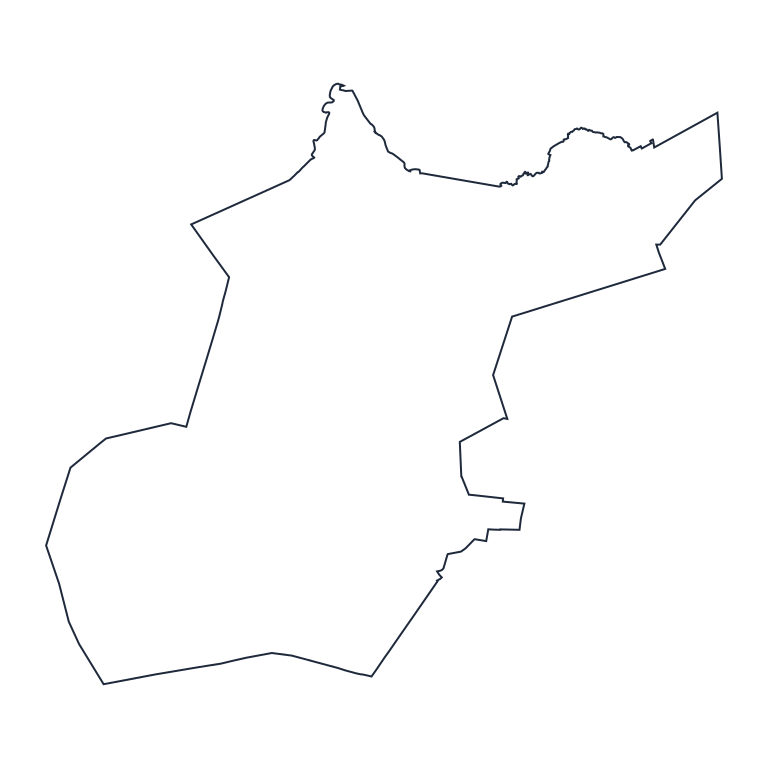 Hellendoorn, Overijssel, Netherlands
{"feature_id": "6326949B74345201863020", "entity_name": "Hellendoorn", "entity_type": "district", "adm_level": 2, "iso_a3": "NLD", "parent_name": "Netherlands", "parent_adm1": "Overijssel", "projection": "mercator", "projection_center": [6.481, 52.39], "detail": "fine", "context": "isolated", "style": "outline", "palette": "slate", "viewbox_px": 768, "rotation_deg": 0, "n_neighbors": 0, "source": "geoboundaries", "source_scale": "gbopen_adm2", "svg_char_len": 6026}
<svg xmlns="http://www.w3.org/2000/svg" viewBox="0 0 768 768"><path d="M103.6,684.2L155.0,674.5L198.3,667.2L221.1,663.6L231.8,661.0L245.9,657.8L271.8,653.0L291.8,655.6L337.5,667.9L345.7,670.5L356.4,673.4L361.1,674.4L362.3,674.4L368.3,675.7L371.5,676.5L376.2,669.9L384.8,657.2L388.7,651.8L401.0,634.0L415.9,612.6L437.5,581.3L437.0,580.6L439.2,579.4L440.2,578.9L441.8,577.4L440.4,576.0L439.2,574.6L438.4,573.4L437.1,571.4L440.4,570.7L441.4,570.2L442.5,569.5L443.5,568.3L447.4,554.9L447.8,554.1L461.0,551.6L465.6,548.3L474.3,539.4L474.7,539.2L486.2,541.1L488.3,529.3L493.0,529.6L500.3,529.8L500.3,529.4L519.5,529.8L520.9,518.4L524.4,503.6L502.8,501.6L503.1,498.4L475.2,495.3L468.9,494.7L461.5,476.3L461.3,476.3L459.8,441.9L503.5,418.2L507.3,418.9L493.1,375.1L512.1,316.6L665.2,268.9L658.8,252.4L656.3,244.6L660.2,244.6L694.7,200.9L695.3,200.2L721.9,178.8L719.9,148.5L717.4,112.7L654.2,147.5L653.0,139.7L652.8,139.5L650.2,140.9L650.3,141.4L650.6,141.8L651.4,143.2L641.8,148.5L641.2,147.5L641.3,147.4L640.7,146.2L633.1,150.3L632.8,150.1L631.9,150.6L631.4,149.9L631.0,149.2L630.7,148.3L630.3,147.6L628.3,146.5L628.2,146.3L628.0,145.8L628.1,145.1L628.2,144.9L629.1,144.8L629.2,144.7L629.2,144.3L629.0,143.9L627.7,143.1L626.6,142.3L626.0,142.0L625.0,142.3L624.3,141.8L623.6,140.7L623.0,139.4L622.3,138.5L621.1,137.6L620.3,137.1L616.6,137.0L615.5,137.8L615.1,137.9L614.2,137.3L613.5,137.2L612.6,137.7L611.8,138.7L611.4,139.0L610.8,139.3L610.5,139.3L610.1,139.2L606.6,137.3L604.9,137.0L604.4,136.7L603.7,136.1L603.4,136.2L603.4,134.8L603.3,133.9L602.4,133.3L601.3,133.4L599.9,132.8L598.9,132.6L598.5,132.6L597.0,132.4L595.5,132.5L594.6,132.2L593.2,132.0L592.6,131.7L592.4,131.5L592.0,130.8L591.9,130.7L591.1,130.7L590.1,130.4L589.7,130.1L589.3,129.9L589.0,129.9L588.8,130.1L588.4,130.8L588.2,130.8L587.6,130.4L586.6,129.4L585.5,129.4L585.1,128.7L584.8,128.5L584.6,128.5L584.3,128.8L583.5,128.5L583.0,128.8L582.8,128.9L582.1,128.1L581.3,127.7L580.8,127.9L579.9,129.0L579.4,129.3L579.0,129.5L578.0,129.3L577.3,128.6L577.0,128.5L576.1,129.0L574.8,129.2L574.4,129.5L573.9,130.4L572.8,131.2L572.3,131.8L571.9,131.7L570.7,132.1L570.2,132.6L569.4,133.0L569.2,134.0L568.0,133.9L567.8,134.7L568.1,135.8L568.1,136.7L567.9,137.3L568.1,137.9L568.0,138.1L567.5,138.2L567.0,138.6L566.2,139.1L565.0,139.4L564.5,139.3L563.8,139.5L563.7,139.6L563.7,140.6L563.6,141.2L563.4,141.5L562.7,141.9L562.1,141.9L561.4,141.9L560.6,142.4L559.6,142.8L553.6,146.3L550.5,148.7L550.1,150.2L549.7,151.3L548.6,153.1L548.3,153.9L548.4,154.1L548.6,154.2L550.4,155.1L550.0,155.7L549.4,157.9L549.4,158.2L549.2,159.4L549.1,159.9L549.3,160.8L548.4,162.3L548.1,164.4L547.7,165.5L547.7,166.6L546.9,167.3L546.0,168.8L544.2,171.2L543.7,172.0L542.8,172.2L542.2,171.7L542.0,171.9L542.1,172.8L541.7,172.9L540.0,173.5L539.4,173.4L539.1,173.3L538.8,172.8L536.8,172.8L536.0,173.3L535.5,173.8L533.9,175.7L533.1,176.2L532.7,176.3L532.1,175.9L530.7,174.0L530.5,173.9L529.4,174.3L528.0,175.2L527.7,175.2L527.6,174.1L528.1,173.1L528.1,172.7L527.3,172.7L526.9,173.3L526.6,173.5L525.4,173.6L525.2,173.5L525.1,172.9L525.4,172.1L525.3,171.9L525.1,171.8L524.5,172.3L523.9,173.6L523.4,173.9L523.3,174.2L523.1,175.0L522.8,175.4L522.3,175.6L521.9,175.7L521.3,176.1L521.0,176.5L520.7,176.7L520.3,176.4L519.6,176.1L519.1,176.1L518.8,176.2L518.4,176.7L518.3,176.9L518.7,177.8L518.8,178.1L518.8,178.3L518.5,178.6L517.1,179.0L516.8,179.2L516.6,179.4L516.7,179.9L516.8,180.0L516.5,182.5L516.8,183.3L516.9,183.7L516.8,183.9L516.6,184.0L514.9,183.9L514.6,184.0L513.4,185.1L512.7,185.4L512.1,185.0L511.3,183.8L511.2,183.8L510.7,184.0L509.9,184.0L509.3,184.2L508.4,183.6L507.6,183.4L507.2,182.0L507.1,181.9L506.6,181.8L505.4,183.0L502.4,182.7L501.6,183.0L500.5,183.9L500.4,184.0L500.5,184.8L501.2,185.4L501.2,185.6L501.3,185.8L500.9,186.2L500.3,186.5L499.1,186.6L422.1,173.3L420.2,173.4L419.6,170.0L419.2,169.7L418.3,169.5L415.2,169.2L413.1,169.4L410.4,170.0L410.3,171.3L409.0,171.1L408.3,170.5L407.4,170.1L406.2,169.3L405.5,168.6L405.0,168.0L404.7,167.4L404.5,166.1L404.5,163.8L404.3,163.0L403.9,162.4L397.5,157.3L393.5,154.3L391.8,153.3L390.8,153.1L389.9,152.6L388.3,151.7L388.0,151.4L385.6,145.3L384.9,142.2L384.4,140.6L383.8,139.4L381.7,136.5L379.5,135.1L378.5,134.8L376.2,133.1L375.7,133.1L375.4,132.8L375.1,132.4L375.7,132.5L375.2,131.9L374.6,129.8L374.5,128.3L374.0,127.1L373.5,126.3L372.2,124.9L371.6,124.4L370.5,123.8L367.2,119.5L364.0,115.3L362.6,112.5L361.4,109.5L360.5,107.5L360.1,106.3L359.5,105.1L359.0,103.7L358.5,102.6L358.0,101.2L352.5,90.8L352.2,90.6L351.7,90.6L345.4,91.0L343.2,90.3L341.7,90.1L339.9,89.6L340.1,88.3L340.1,87.5L340.3,87.0L340.3,86.4L340.4,86.2L341.1,86.0L341.7,86.2L342.1,85.8L343.1,86.0L343.8,85.7L341.7,84.7L339.2,84.4L338.5,83.8L337.0,83.8L335.8,84.2L334.4,85.0L333.2,86.0L332.4,87.1L331.2,89.6L330.6,90.8L330.3,91.8L330.1,93.4L329.8,94.5L329.8,96.0L329.9,96.9L330.1,97.3L331.1,98.3L333.7,100.0L333.8,100.8L333.7,101.0L333.4,101.4L332.1,102.3L330.9,102.5L328.4,102.5L327.4,102.7L326.8,103.0L325.6,103.8L325.3,104.2L324.5,105.1L324.2,105.6L323.6,106.4L322.5,109.4L322.5,110.1L322.6,110.8L322.9,111.3L323.6,111.9L325.4,112.5L325.4,112.4L328.6,112.2L329.0,112.4L329.2,112.6L329.3,113.1L329.2,113.5L329.0,114.1L327.4,117.2L326.8,118.9L325.9,122.1L325.7,123.3L325.7,124.2L324.5,132.5L323.7,133.5L319.7,136.8L319.1,137.8L317.1,140.2L316.6,140.5L314.3,140.0L314.0,140.1L313.7,140.3L313.5,140.6L313.5,141.7L314.2,144.1L314.2,144.8L314.6,146.4L314.8,147.9L314.9,149.1L314.8,149.9L314.5,150.4L311.9,154.3L311.8,154.6L311.8,154.9L312.0,155.5L312.5,156.1L313.5,156.9L314.2,157.6L313.8,158.1L312.3,158.7L311.4,159.1L311.1,159.4L310.8,159.4L303.7,166.5L302.8,167.2L299.2,171.2L297.5,172.6L297.4,172.5L293.8,176.2L292.7,177.1L292.3,177.6L289.4,180.2L191.2,224.4L191.8,225.3L213.3,255.5L229.1,277.2L225.5,291.7L222.9,301.0L222.1,304.9L219.3,316.2L218.0,321.0L212.7,338.8L207.0,357.7L198.5,385.5L190.5,411.9L186.3,426.8L171.1,423.2L106.0,438.5L98.9,444.2L70.5,467.6L60.5,499.0L46.1,545.5L59.1,583.7L68.8,621.7L79.1,644.1L103.6,684.2Z" fill="none" stroke="#1e293b" stroke-width="2"/></svg>